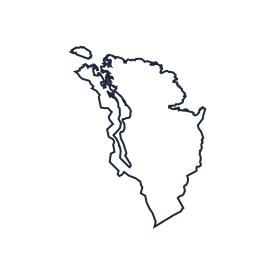 outline of Ballangen nor, Nordland, Norway, rotated 31°
{"feature_id": "86288312B95710758455481", "entity_name": "Ballangen nor", "entity_type": "district", "adm_level": 2, "iso_a3": "NOR", "parent_name": "Norway", "parent_adm1": "Nordland", "projection": "orthographic", "projection_center": [16.618, 68.237], "detail": "fine", "context": "isolated", "style": "outline", "palette": "slate", "viewbox_px": 256, "rotation_deg": 31, "n_neighbors": 0, "source": "geoboundaries", "source_scale": "gbopen_adm2", "svg_char_len": 5600}
<svg xmlns="http://www.w3.org/2000/svg" viewBox="0 0 256 256"><g transform="rotate(31 128 128)"><path d="M184.4,71.9L181.2,71.8L181.1,72.3L181.8,72.2L181.8,72.9L180.0,74.1L180.6,75.4L179.9,75.8L180.0,76.2L181.0,78.1L180.2,81.2L178.8,82.8L176.8,82.5L176.6,81.4L175.5,81.2L169.7,83.0L169.5,82.7L169.8,82.0L169.0,81.8L168.1,82.9L168.2,83.7L167.8,83.9L167.2,82.8L166.7,83.4L166.9,84.0L166.7,84.5L163.5,85.7L162.4,86.8L161.4,86.0L161.5,85.5L160.7,85.7L161.3,85.0L161.0,84.4L160.6,84.6L160.7,85.3L158.9,86.4L159.5,86.7L159.3,87.0L157.0,88.6L154.7,89.0L153.8,88.3L152.6,89.3L151.9,87.8L156.4,84.8L156.9,84.2L156.7,83.1L159.6,81.2L161.5,78.1L161.6,77.0L160.3,75.8L160.7,75.0L161.0,71.9L159.9,71.9L160.7,70.8L159.4,70.4L159.4,69.7L159.0,69.1L154.9,68.1L154.1,66.8L151.7,66.6L151.6,66.0L149.9,66.4L149.5,65.5L148.8,66.0L147.5,65.3L147.5,64.7L146.8,63.7L143.1,65.1L142.8,64.7L143.1,63.4L145.0,61.0L144.2,60.3L141.9,60.5L141.5,59.9L141.9,58.7L141.6,58.0L138.4,57.2L135.4,58.0L134.6,58.9L132.3,58.8L130.7,60.2L128.4,63.9L127.1,63.5L127.3,63.0L126.7,62.3L126.9,61.8L126.5,61.0L126.8,59.6L125.8,59.0L124.9,59.6L124.4,58.5L124.9,58.3L125.0,57.6L124.3,57.0L122.9,58.1L120.3,58.1L119.0,58.8L119.4,57.5L118.4,57.2L117.3,57.9L116.3,60.5L118.4,59.8L115.1,62.1L114.7,62.0L114.8,61.3L115.7,60.2L115.5,59.4L110.2,60.7L108.1,62.8L107.4,62.2L104.1,61.9L102.1,62.7L99.1,65.0L99.1,66.4L96.4,67.2L96.2,68.2L92.6,69.3L92.2,71.1L92.3,71.9L92.0,72.2L92.5,73.1L91.1,73.8L90.0,72.8L90.1,72.0L87.0,71.5L82.1,72.7L81.2,74.9L80.3,74.5L80.5,74.1L80.2,73.7L78.7,74.4L78.1,73.8L73.7,75.3L72.8,76.5L73.0,77.6L73.7,77.1L73.8,77.8L73.1,77.8L72.7,78.9L73.6,79.1L73.8,79.9L76.1,80.3L74.7,81.1L74.5,80.3L74.1,80.1L72.1,80.5L72.4,81.7L72.0,81.9L73.0,83.3L75.1,84.0L73.8,85.5L75.6,85.6L76.8,83.9L78.1,83.3L77.6,83.4L77.9,82.7L77.5,80.0L76.6,79.6L77.7,78.7L78.8,79.2L79.7,81.4L79.7,82.2L80.7,83.1L80.1,83.7L81.0,84.0L79.7,84.3L79.8,85.6L80.3,86.3L78.1,84.0L76.9,84.2L76.2,85.1L76.4,86.0L75.6,87.0L75.9,87.7L73.2,89.2L74.8,91.1L77.0,91.6L75.8,92.0L77.4,92.0L75.9,92.9L76.1,93.1L77.8,93.6L78.2,93.3L78.0,92.5L79.0,91.9L77.5,91.6L80.8,89.8L83.3,90.3L82.2,90.7L83.0,91.0L82.4,91.7L82.7,92.2L84.5,92.4L84.9,92.9L84.5,93.2L84.6,93.3L88.1,92.5L88.5,93.1L88.9,92.9L89.4,93.2L89.5,93.4L88.0,93.3L88.3,93.4L87.2,94.5L82.5,94.0L82.9,95.0L82.7,95.3L83.4,95.8L88.2,96.4L88.4,96.5L87.1,96.6L89.6,98.3L89.3,98.4L89.5,99.0L91.6,99.6L94.4,100.0L94.5,99.5L93.5,99.2L94.2,99.1L95.9,99.8L96.9,98.8L97.1,99.9L97.6,100.2L97.4,100.6L97.6,101.0L97.1,102.1L97.7,103.0L105.9,104.5L110.8,106.6L109.9,106.9L111.5,107.9L113.6,108.3L114.2,108.8L113.8,109.0L114.0,109.5L115.0,109.0L118.8,110.1L121.5,111.7L122.1,112.8L122.0,113.3L123.4,115.5L124.0,117.8L123.3,119.1L121.8,119.9L120.6,121.9L118.9,123.1L119.4,124.4L123.1,126.7L125.4,130.5L125.6,132.0L125.5,133.8L124.0,134.9L123.8,135.8L124.0,136.7L127.2,140.6L132.2,143.8L139.0,149.9L139.8,150.8L139.6,151.3L139.9,152.3L139.6,153.0L148.8,157.7L150.0,159.4L149.5,160.9L137.1,157.9L136.1,156.9L133.5,151.3L130.3,148.0L129.8,148.2L127.5,145.6L123.4,143.1L119.3,141.7L119.2,141.2L119.9,139.0L120.9,133.6L121.0,131.6L120.5,130.2L120.0,129.3L119.5,127.4L115.3,125.2L114.5,122.1L114.7,121.6L110.7,115.4L109.0,115.0L106.6,111.5L103.5,110.0L104.0,109.6L102.8,109.0L100.7,108.4L99.7,108.6L101.1,109.3L96.8,109.5L97.3,109.7L96.2,109.8L96.2,110.3L91.1,107.0L98.6,108.6L96.5,106.7L98.3,106.5L97.5,105.8L97.8,105.6L97.7,104.8L94.9,103.7L93.5,104.0L91.7,102.8L91.0,101.4L88.9,101.2L86.9,99.7L87.1,99.2L86.7,98.7L84.7,98.1L85.6,99.2L84.6,99.2L84.4,99.7L84.6,100.1L85.9,100.8L86.5,102.1L83.8,102.5L85.9,103.1L87.8,104.7L86.6,106.1L85.8,105.2L82.9,104.6L81.3,102.9L83.0,101.0L82.9,100.6L83.3,99.8L78.2,96.9L77.0,97.0L76.5,96.7L77.5,96.6L75.7,95.7L75.2,96.1L76.4,96.6L74.5,96.1L74.2,96.6L75.3,97.7L75.2,98.7L71.7,100.1L71.3,99.0L68.8,97.2L68.0,95.5L68.3,95.0L67.7,94.8L68.4,94.3L68.0,93.4L68.8,93.1L70.4,93.3L71.8,94.4L72.5,93.8L70.7,92.1L66.6,91.0L65.6,91.5L65.9,91.8L65.7,92.0L65.9,92.6L66.4,92.8L64.3,93.3L64.1,93.4L64.4,94.4L62.4,95.3L62.9,96.3L62.6,97.0L61.7,96.5L62.2,96.1L61.6,95.3L58.3,95.2L57.9,95.6L58.9,95.3L59.2,95.9L58.0,96.7L58.5,96.8L58.0,97.8L58.3,98.5L57.2,99.2L57.4,100.5L56.2,101.5L56.1,102.4L56.8,102.9L57.0,103.6L53.8,106.9L56.5,107.0L60.2,108.8L63.4,109.4L70.7,107.5L73.2,109.3L76.8,110.0L77.2,111.5L76.7,112.6L81.6,112.4L86.7,114.2L87.1,116.7L94.2,124.4L97.7,123.1L100.4,121.3L105.9,122.7L105.7,128.1L107.6,130.3L113.1,132.3L110.8,140.0L116.1,145.5L120.6,145.4L122.8,146.3L123.4,147.3L123.9,149.9L128.7,155.4L126.5,158.9L129.8,166.5L142.0,169.5L143.1,173.1L145.4,173.6L147.0,170.9L147.3,167.7L153.3,168.4L160.6,167.1L166.1,167.6L168.8,170.4L170.9,171.5L172.3,176.6L172.8,177.4L177.7,177.2L181.9,181.9L187.8,185.9L193.0,188.4L200.1,194.2L201.6,199.0L211.8,179.5L216.2,172.3L216.4,171.5L216.1,169.8L216.7,168.1L206.7,162.4L207.5,159.8L209.5,157.4L209.6,155.1L209.2,152.7L206.1,149.2L206.4,147.9L207.3,146.8L207.0,143.5L205.6,140.7L203.4,138.5L208.6,129.8L208.6,128.8L207.1,126.7L206.9,125.8L208.9,124.4L209.6,123.0L209.4,121.8L207.4,120.2L205.9,116.2L202.8,113.4L202.1,111.3L201.3,110.4L202.0,109.9L201.5,106.9L199.6,104.9L199.1,103.5L199.5,102.1L198.0,101.2L198.1,99.9L197.2,99.7L197.6,97.7L192.3,93.3L188.8,92.0L186.5,89.7L187.3,81.6L186.2,79.1L184.4,71.9ZM56.5,82.1L47.9,81.6L47.3,82.1L47.4,82.6L45.6,82.9L45.1,84.1L42.0,85.9L42.2,86.3L40.6,88.1L40.5,89.0L39.3,90.9L41.4,89.7L40.5,90.8L40.8,91.0L40.4,91.4L41.0,91.6L40.2,92.3L40.5,92.3L42.6,92.0L44.6,90.4L45.2,91.3L46.8,91.3L57.8,89.2L58.7,88.8L58.8,87.0L59.8,86.8L59.4,85.9L59.6,84.9L57.4,83.9L57.5,83.3L56.5,82.1Z" fill="none" stroke="#1e293b" stroke-width="2"/></g></svg>